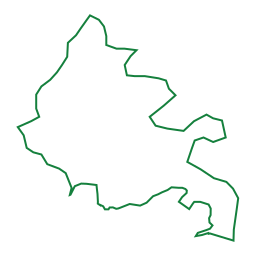 Lazanias, Nicosia, Cyprus (Mercator projection)
{"feature_id": "46923920B15304330642717", "entity_name": "Lazanias", "entity_type": "district", "adm_level": 2, "iso_a3": "CYP", "parent_name": "Cyprus", "parent_adm1": "Nicosia", "projection": "mercator", "projection_center": [33.218, 34.935], "detail": "fine", "context": "isolated", "style": "outline", "palette": "green", "viewbox_px": 256, "rotation_deg": 0, "n_neighbors": 0, "source": "geoboundaries", "source_scale": "gbopen_adm2", "svg_char_len": 1482}
<svg xmlns="http://www.w3.org/2000/svg" viewBox="0 0 256 256"><path d="M206.5,114.6L194.0,121.2L183.6,130.9L167.4,128.6L155.6,125.7L149.7,116.8L163.7,105.7L175.5,95.3L168.9,88.7L166.0,80.5L158.6,78.3L144.6,76.1L134.3,76.1L126.9,75.3L124.7,65.0L130.6,56.1L136.5,50.2L124.7,48.7L116.6,48.7L106.3,45.0L106.3,36.1L104.0,26.5L98.9,19.8L90.0,15.4L86.1,20.8L80.5,28.7L76.0,35.3L67.9,42.8L67.2,56.8L62.0,65.0L56.9,72.4L50.2,79.8L41.4,86.4L36.2,94.6L36.2,108.6L39.2,116.8L31.1,121.2L17.8,127.1L23.7,135.3L26.7,147.9L33.3,152.3L41.4,154.5L47.3,164.2L59.1,168.6L65.7,173.1L71.6,187.9L69.8,195.0L70.5,194.7L74.8,186.2L81.2,183.6L86.5,183.8L96.5,185.0L96.9,188.9L97.5,194.0L97.9,201.8L97.8,203.6L100.3,205.3L100.4,205.0L103.2,206.3L104.9,209.3L108.5,209.3L109.6,207.5L112.9,207.4L116.2,208.8L118.1,208.5L120.3,207.7L129.7,204.0L140.1,205.6L146.6,202.7L153.1,196.2L158.1,194.3L162.0,192.3L167.6,190.0L171.5,187.3L178.7,187.8L182.3,187.8L185.4,189.0L186.8,190.5L186.6,193.0L182.1,197.1L178.9,201.8L189.2,209.1L193.0,203.4L194.2,201.9L200.4,201.9L208.6,204.5L210.7,208.5L210.6,215.1L209.1,218.1L209.5,222.5L212.5,225.4L210.0,228.7L206.3,230.1L197.8,232.9L195.8,236.1L199.2,235.5L202.0,235.0L208.4,233.0L208.6,233.8L210.1,233.5L233.5,240.6L233.8,230.1L233.8,229.7L236.7,209.3L238.2,198.2L233.0,188.6L226.4,181.9L213.9,178.2L200.6,169.3L187.3,161.9L191.8,148.6L194.7,140.5L203.5,137.5L213.1,142.0L225.7,137.5L222.0,120.5L213.1,118.3L206.5,114.6Z" fill="none" stroke="#15803d" stroke-width="2"/></svg>